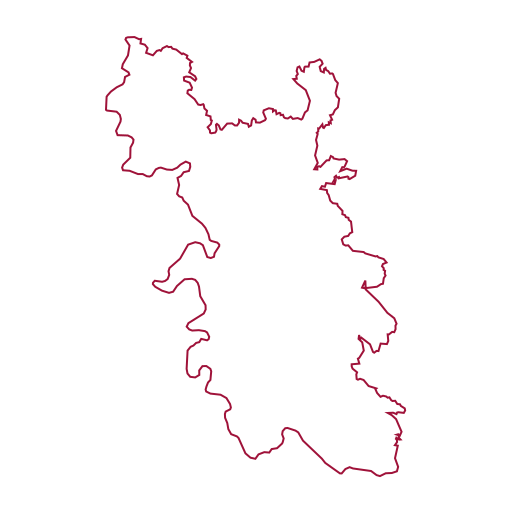 Cañadas de Obregón, Jalisco, Mexico (Albers equal-area conic projection), rotated 278°
{"feature_id": "50627088B32610413083762", "entity_name": "Cañadas de Obregón", "entity_type": "district", "adm_level": 2, "iso_a3": "MEX", "parent_name": "Mexico", "parent_adm1": "Jalisco", "projection": "albers", "projection_center": [-102.677, 21.168], "detail": "fine", "context": "isolated", "style": "outline", "palette": "rose", "viewbox_px": 512, "rotation_deg": 278, "n_neighbors": 0, "source": "geoboundaries", "source_scale": "gbopen_adm2", "svg_char_len": 6099}
<svg xmlns="http://www.w3.org/2000/svg" viewBox="0 0 512 512"><g transform="rotate(278 256 256)"><path d="M379.9,87.1L379.3,88.2L379.5,97.9L376.8,101.5L372.9,103.1L370.2,103.1L360.4,100.0L356.4,102.1L357.5,112.3L356.2,116.3L354.2,118.5L351.1,118.5L346.0,116.6L335.8,117.8L328.0,111.8L324.9,111.1L322.4,112.4L322.8,119.0L320.7,127.8L321.4,132.4L319.8,136.8L319.9,139.6L321.3,141.7L327.8,144.7L329.7,147.5L330.3,149.5L329.2,155.7L329.6,161.1L332.5,165.7L336.0,168.5L339.7,173.3L338.5,177.7L335.1,178.5L330.9,177.8L328.9,172.7L324.9,170.7L322.4,167.4L315.6,170.0L306.5,169.2L304.4,171.6L303.7,174.8L300.7,176.7L297.4,181.5L286.9,187.4L280.5,198.0L276.8,202.0L270.9,205.9L265.6,207.9L264.7,209.6L263.9,215.8L262.2,218.0L260.7,218.2L252.9,214.6L249.4,214.5L247.7,211.5L248.2,207.9L259.3,201.9L260.8,198.8L261.2,193.9L257.8,187.2L242.8,181.2L232.1,172.0L228.7,171.5L225.2,172.7L220.9,171.7L218.6,169.4L217.4,166.6L217.4,159.2L215.1,157.7L213.8,157.8L211.5,160.5L208.6,167.7L207.4,175.0L209.1,178.9L215.3,181.9L223.0,188.5L224.5,195.7L223.9,199.1L221.3,202.0L217.8,203.8L208.4,206.4L200.2,212.9L196.1,213.6L191.8,212.3L180.1,198.4L176.4,197.2L174.0,200.1L173.3,203.2L174.6,209.7L174.5,215.9L173.5,218.2L169.5,220.9L167.1,220.7L165.7,219.3L166.3,213.3L162.8,211.8L161.6,208.8L158.6,206.5L157.0,203.9L152.8,201.4L134.6,203.0L130.1,204.5L127.2,207.7L127.3,212.7L130.3,216.4L134.8,215.7L139.5,218.3L140.1,222.2L137.9,226.5L135.6,227.7L126.9,228.1L124.1,226.1L119.9,225.1L116.8,224.7L114.9,225.5L113.4,230.0L113.7,240.2L111.2,246.5L105.8,250.9L102.5,252.2L100.6,251.8L97.7,247.6L95.2,247.2L91.5,247.9L86.6,250.8L80.7,252.7L76.1,256.2L74.7,262.2L73.4,264.0L59.1,273.0L55.5,278.6L55.1,283.6L59.9,286.1L62.9,291.5L63.2,296.5L67.0,298.4L68.6,303.6L74.0,308.0L75.6,308.4L79.2,308.8L83.0,306.7L86.3,306.8L89.5,308.9L90.1,311.1L88.6,319.4L87.2,322.4L79.7,328.2L64.5,349.4L60.7,353.4L52.4,369.4L52.6,371.1L57.5,374.2L59.9,378.1L59.1,381.6L59.1,399.9L55.8,405.9L55.3,409.4L58.9,414.7L60.0,420.7L62.4,425.5L67.0,426.1L75.1,421.8L87.9,422.8L88.0,419.9L91.4,421.6L93.5,421.1L94.4,420.0L95.6,420.3L94.1,423.3L94.4,424.6L95.7,423.0L98.4,422.0L98.7,420.4L99.3,421.7L98.3,423.5L102.2,424.6L114.0,417.4L117.3,412.5L118.9,408.4L119.9,413.6L119.0,417.1L120.6,417.5L121.1,418.7L121.2,424.2L123.8,425.2L125.8,424.5L127.7,420.3L129.2,419.2L129.1,416.5L132.0,414.0L131.4,411.3L132.1,409.9L134.6,407.8L134.0,406.1L135.0,404.5L135.3,401.2L133.9,398.9L137.2,395.0L140.7,392.8L141.6,393.6L142.9,385.6L148.2,379.8L148.9,376.1L147.7,374.2L148.2,372.8L152.7,371.8L154.9,372.3L157.9,367.3L160.1,366.1L162.1,365.8L163.8,373.3L168.5,371.2L169.5,372.4L177.3,375.9L185.3,373.2L188.2,369.1L192.1,369.1L188.1,370.8L189.8,371.7L184.4,381.2L177.3,385.2L176.7,386.5L178.8,388.6L178.9,390.5L186.6,391.6L187.0,397.9L190.3,398.8L196.7,397.3L196.8,398.5L199.8,401.4L199.8,403.5L203.0,404.4L206.4,403.8L208.5,404.6L213.6,401.6L218.0,394.0L227.7,383.8L238.1,369.4L240.1,368.5L239.2,367.8L239.4,365.4L246.9,367.7L240.3,368.9L239.8,370.3L242.4,380.1L245.5,383.6L246.2,385.6L251.8,385.6L254.7,387.0L256.4,385.9L259.3,385.9L260.0,384.3L261.7,384.2L263.4,382.2L265.7,382.8L267.7,386.2L270.8,382.8L271.7,377.4L272.8,376.1L272.2,374.5L273.8,363.8L274.9,362.1L274.6,351.2L279.4,345.9L278.8,343.3L279.7,340.8L284.4,338.6L287.4,340.8L288.7,344.5L291.5,345.8L293.0,348.0L303.3,345.3L304.7,342.8L306.7,342.2L307.0,339.5L308.8,338.5L309.4,335.7L312.7,335.4L317.0,330.0L319.0,329.2L319.0,324.7L321.2,321.8L326.4,319.5L328.3,317.7L331.1,317.0L331.4,310.3L334.4,311.6L334.2,314.6L338.0,315.3L338.1,323.9L341.6,324.3L340.2,322.1L343.5,323.4L345.0,322.7L346.6,324.1L344.8,325.3L345.7,327.1L344.5,327.3L347.5,335.6L346.9,336.6L345.4,336.8L345.2,338.0L349.3,343.1L354.3,343.3L353.9,339.6L355.1,333.6L351.7,327.6L356.0,329.1L356.0,330.7L357.2,331.4L362.6,333.0L364.3,330.2L363.0,324.9L363.4,319.2L364.6,318.5L365.4,316.2L361.0,315.1L360.5,312.6L353.2,307.4L353.7,306.0L352.7,304.2L350.2,304.7L350.0,301.6L356.8,304.2L363.8,300.5L373.8,301.4L379.3,299.3L385.5,300.1L386.4,299.0L388.0,300.3L391.0,299.8L390.9,300.7L395.6,303.4L392.5,304.5L392.2,305.4L395.3,306.9L396.1,310.0L398.5,309.5L397.9,311.6L400.6,310.9L401.5,312.4L405.7,309.7L406.9,312.4L411.4,313.8L414.6,316.4L423.3,316.5L425.6,313.5L428.7,312.1L438.6,313.0L441.2,310.0L446.9,306.9L447.4,306.0L446.8,303.9L449.1,301.8L450.0,299.5L452.0,298.7L450.8,297.4L447.2,297.6L448.1,294.4L452.2,292.7L455.7,295.2L458.3,293.8L459.6,291.7L456.3,286.6L455.1,282.1L450.9,281.7L450.4,278.3L449.6,277.7L445.1,277.7L445.8,275.3L449.7,272.6L448.6,270.9L444.9,270.5L442.0,272.1L439.9,270.8L437.2,271.7L436.4,268.4L432.6,272.8L427.2,282.2L417.2,287.8L407.4,286.8L405.0,284.5L398.4,282.8L397.4,281.8L398.4,278.1L396.9,273.4L398.9,271.0L396.6,268.4L396.6,265.7L397.3,264.3L399.6,263.1L398.9,260.8L400.8,260.2L401.0,259.1L399.3,256.6L402.9,255.4L403.0,254.3L401.5,252.7L403.9,252.3L404.1,248.2L401.3,243.4L399.1,243.2L393.3,246.7L391.8,246.1L388.6,241.3L388.3,237.4L390.9,236.6L392.1,234.1L389.6,233.0L384.6,233.0L383.0,230.9L385.7,229.7L386.1,224.2L387.9,222.4L388.6,220.3L385.7,220.7L382.6,219.1L382.3,217.0L384.0,213.9L383.1,209.0L376.2,204.6L376.4,203.2L380.1,201.0L381.4,198.9L380.4,198.1L375.4,199.4L373.6,199.0L372.5,198.4L371.3,194.6L371.8,193.3L374.0,192.9L376.8,190.2L380.3,192.9L384.0,193.4L384.4,192.3L387.9,191.5L388.7,187.0L393.0,187.3L394.9,184.4L398.4,183.2L399.0,182.6L397.8,180.1L397.9,177.7L402.8,173.3L407.6,165.4L410.3,165.4L411.3,166.6L411.4,168.8L413.8,169.2L418.4,166.2L419.7,160.4L422.9,159.7L424.0,161.9L424.1,166.2L421.2,171.3L423.0,172.3L425.5,170.7L428.6,164.3L433.1,165.5L435.5,164.0L437.9,163.8L439.3,165.6L442.5,159.8L444.8,160.2L446.5,155.6L445.6,154.6L449.3,148.3L449.7,144.4L451.3,142.9L450.7,140.3L451.5,138.6L448.8,134.6L445.9,133.2L446.5,131.8L445.3,129.2L440.4,126.0L441.9,118.9L446.8,119.7L449.8,116.5L450.4,112.0L455.0,112.0L454.4,110.1L455.9,105.2L454.7,98.5L453.9,97.0L452.2,96.6L446.8,101.5L436.8,101.3L427.4,97.4L423.3,97.1L420.1,104.2L417.9,105.4L415.1,101.4L409.8,101.2L407.4,100.0L403.7,94.6L398.7,89.5L394.4,86.6L392.9,85.9L379.9,87.1Z" fill="none" stroke="#9f1239" stroke-width="2"/></g></svg>